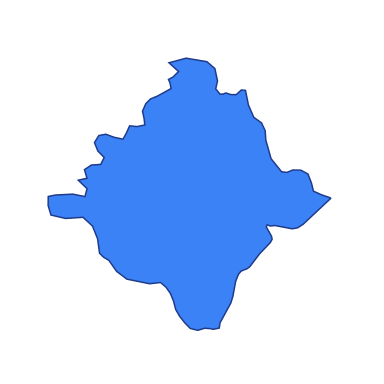 SVG path tracing the border of Varna, rotated 25°
{"feature_id": "BGR-2260", "entity_name": "Varna", "entity_type": "Province", "adm_level": 1, "iso_a3": "BGR", "parent_name": "Bulgaria", "parent_adm1": "", "projection": "equal_earth", "projection_center": [27.58, 43.197], "detail": "fine", "context": "isolated", "style": "filled", "palette": "blue", "viewbox_px": 384, "rotation_deg": 25, "n_neighbors": 0, "source": "natural_earth", "source_scale": "10m", "svg_char_len": 1417}
<svg xmlns="http://www.w3.org/2000/svg" viewBox="0 0 384 384"><g transform="rotate(25 192 192)"><path d="M320.4,139.2L306.3,174.4L302.9,179.8L298.4,183.0L281.1,187.4L278.2,189.3L276.5,189.9L274.0,189.9L274.0,192.2L282.8,198.5L284.6,201.0L284.3,204.9L279.4,219.4L275.9,235.5L274.1,238.6L271.9,240.7L269.9,243.1L268.9,246.8L269.3,254.3L273.2,269.5L274.1,276.3L272.7,298.8L274.2,303.8L269.1,307.6L267.2,307.8L261.1,310.1L255.7,314.9L248.1,316.4L240.7,313.6L233.5,310.0L226.9,305.4L221.4,298.7L215.3,293.1L208.7,289.3L201.8,287.3L192.3,293.1L169.8,298.5L157.2,295.8L145.6,289.1L139.6,288.5L134.1,286.6L126.2,274.3L116.2,264.9L103.9,261.0L88.6,269.4L73.9,272.5L67.3,265.0L63.6,256.8L69.6,252.4L84.9,244.3L96.9,241.4L95.5,233.3L83.9,229.4L91.0,223.9L85.1,217.2L89.4,210.1L97.6,205.6L97.8,197.8L89.4,194.7L82.7,188.4L83.7,180.2L89.4,176.1L98.4,175.3L107.1,173.3L107.6,166.8L107.5,158.4L114.6,155.9L120.9,151.2L117.4,145.5L113.0,139.7L112.8,131.4L115.1,125.1L120.2,119.6L129.3,107.1L126.1,102.6L123.1,99.9L126.1,96.0L128.9,88.5L116.5,84.6L130.1,73.2L150.5,67.6L160.6,70.5L168.2,80.6L169.9,88.5L176.2,91.5L178.9,90.0L180.9,87.9L186.0,87.3L190.9,85.1L193.6,78.7L197.5,77.3L206.3,89.2L216.4,98.2L225.8,100.0L232.4,105.5L237.0,113.8L249.6,128.4L264.6,135.8L269.8,134.1L274.0,129.5L281.4,126.2L289.5,126.7L296.5,133.4L301.7,139.9L310.7,139.8L319.6,138.8L320.4,139.2Z" fill="#3b82f6" stroke="#1e3a8a" stroke-width="1.5"/></g></svg>